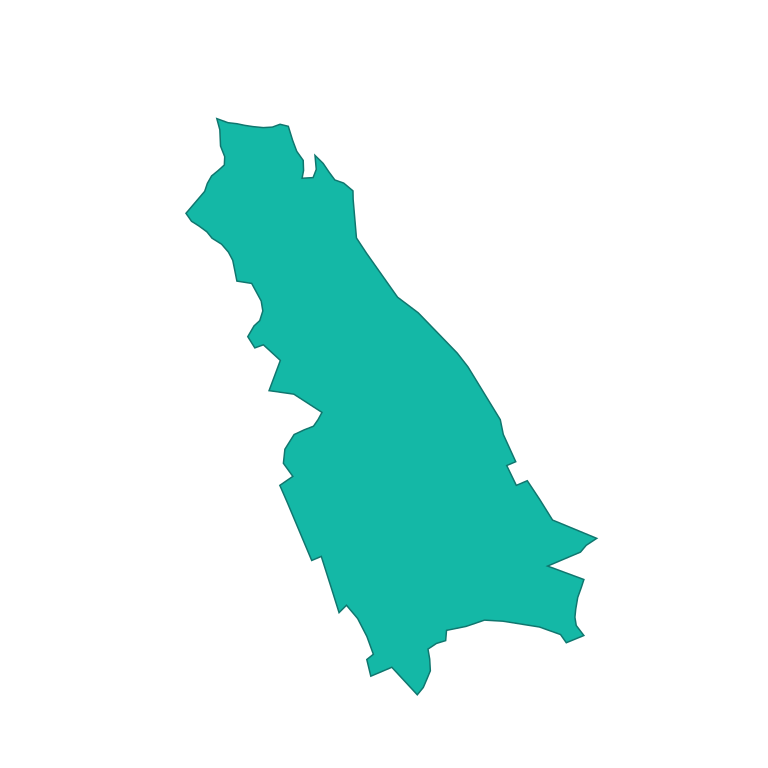 Barra do Rio Azul, Rio Grande do Sul, Brazil (Albers equal-area conic projection), rotated 337°
{"feature_id": "56859067B71186503980939", "entity_name": "Barra do Rio Azul", "entity_type": "district", "adm_level": 2, "iso_a3": "BRA", "parent_name": "Brazil", "parent_adm1": "Rio Grande do Sul", "projection": "albers", "projection_center": [-52.41, -27.39], "detail": "fine", "context": "isolated", "style": "filled", "palette": "teal", "viewbox_px": 768, "rotation_deg": 337, "n_neighbors": 0, "source": "geoboundaries", "source_scale": "gbopen_adm2", "svg_char_len": 1532}
<svg xmlns="http://www.w3.org/2000/svg" viewBox="0 0 768 768"><g transform="rotate(337 384 384)"><path d="M333.8,74.4L332.2,85.9L326.5,101.1L326.2,112.5L322.6,120.0L314.5,122.8L306.6,125.1L299.8,130.3L294.2,136.6L268.4,149.5L270.4,159.0L275.3,166.1L280.4,174.7L282.7,182.7L289.1,191.8L292.3,201.8L293.1,211.0L291.1,220.8L288.8,231.8L301.5,239.7L303.4,259.6L301.0,269.4L294.4,277.1L287.1,279.7L277.1,287.2L279.2,300.3L288.3,300.8L297.8,321.8L275.6,345.2L297.0,358.1L315.8,385.9L309.4,391.0L302.6,395.3L292.8,395.0L281.5,395.4L267.3,405.3L260.4,417.7L264.0,433.4L248.5,436.6L248.7,455.5L248.5,518.2L258.9,518.2L255.7,552.4L253.3,576.9L263.0,573.0L268.1,589.6L269.6,609.7L268.6,628.6L260.5,630.9L257.7,647.8L280.5,647.8L293.2,683.1L301.6,678.7L308.7,671.9L314.6,666.1L318.6,655.0L320.9,645.2L330.9,643.3L340.5,644.3L345.3,635.2L364.8,639.2L384.2,640.6L400.6,648.7L432.1,668.4L448.6,683.6L450.7,693.4L469.7,693.6L466.6,681.4L468.6,673.3L472.5,666.2L478.9,656.2L486.2,648.3L491.6,642.1L463.4,615.5L499.2,615.5L507.1,611.5L519.5,609.2L486.0,575.1L482.2,551.0L478.1,529.0L466.2,529.0L465.1,507.0L474.9,507.0L474.1,477.0L477.1,462.3L468.0,401.1L463.5,384.2L443.3,331.8L430.4,309.4L419.0,256.8L415.7,238.8L427.8,201.8L430.9,194.1L425.4,183.3L418.5,177.0L416.2,167.5L414.2,157.2L409.8,146.6L405.5,160.0L399.4,166.3L389.0,162.6L393.4,156.0L397.0,146.6L394.6,135.7L395.1,124.0L396.6,109.4L389.8,104.3L381.6,103.9L373.0,100.8L364.0,95.9L356.7,91.4L350.4,87.0L342.5,82.5L333.8,74.4Z" fill="#14b8a6" stroke="#0f766e" stroke-width="1.5"/></g></svg>